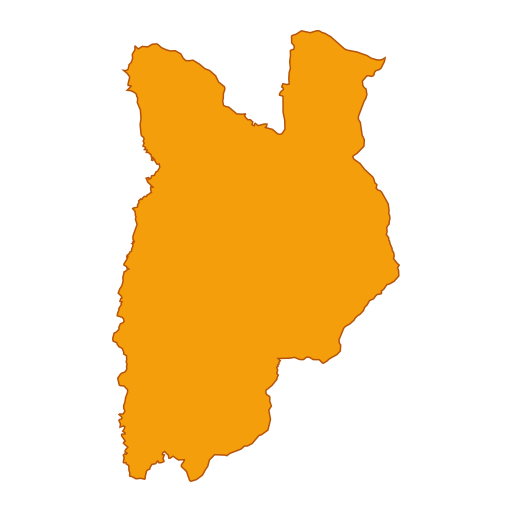 the district of Muong Cha, Điện Biên, Vietnam
{"feature_id": "81297802B30042560711823", "entity_name": "Muong Cha", "entity_type": "district", "adm_level": 2, "iso_a3": "VNM", "parent_name": "Vietnam", "parent_adm1": "Điện Biên", "projection": "albers", "projection_center": [103.093, 21.828], "detail": "fine", "context": "isolated", "style": "filled", "palette": "amber", "viewbox_px": 512, "rotation_deg": 0, "n_neighbors": 0, "source": "geoboundaries", "source_scale": "gbopen_adm2", "svg_char_len": 6026}
<svg xmlns="http://www.w3.org/2000/svg" viewBox="0 0 512 512"><path d="M226.9,455.7L229.8,453.4L241.0,449.1L244.5,446.0L247.4,446.0L252.2,443.5L259.0,435.4L261.4,434.8L267.9,430.1L270.5,419.3L268.8,410.2L271.4,406.0L269.7,401.1L269.9,397.9L269.5,396.4L266.7,394.6L266.0,393.3L265.8,391.5L266.3,390.0L272.0,385.4L276.9,379.3L276.9,378.1L278.3,375.0L276.7,373.4L277.7,370.1L276.6,367.3L278.1,366.4L277.6,365.0L279.0,364.0L279.0,362.1L280.3,360.8L278.1,358.5L289.3,358.2L294.7,357.4L299.3,359.4L302.4,359.7L303.9,359.4L306.0,357.5L307.6,357.0L310.3,357.7L313.1,359.6L319.3,359.7L322.4,363.0L323.4,363.2L326.9,361.1L329.5,358.7L336.8,354.7L340.3,351.0L340.7,345.1L339.3,343.0L339.0,339.8L343.8,328.1L345.4,326.4L350.0,323.8L354.0,320.2L355.0,318.3L357.6,315.7L359.9,314.4L363.4,310.7L364.7,307.3L367.2,304.8L369.5,300.6L373.6,298.8L375.8,295.7L377.2,294.5L381.1,293.8L381.6,292.9L381.4,291.0L383.8,289.2L387.0,284.5L389.4,284.0L394.1,281.3L398.8,276.0L398.6,270.5L397.5,267.8L399.2,265.1L397.5,263.7L393.5,258.6L394.2,256.1L393.7,252.9L392.2,250.2L392.0,248.2L389.9,243.3L389.6,241.2L388.8,240.1L388.6,237.5L386.3,234.7L387.1,231.7L386.7,227.8L387.4,226.1L389.2,223.9L389.1,222.2L389.9,218.9L389.7,215.8L388.7,213.1L389.1,210.6L388.2,203.9L381.6,192.1L380.0,190.6L378.1,190.2L376.2,188.3L376.9,184.6L374.9,182.9L373.7,178.6L372.6,176.8L364.8,169.6L360.0,163.5L353.9,159.2L352.8,156.8L353.2,155.9L357.1,153.3L363.9,146.3L364.3,139.7L362.1,134.9L360.3,122.4L358.4,119.3L358.4,116.5L359.0,114.8L364.1,101.3L365.8,98.4L366.9,94.7L366.1,89.1L364.1,87.5L362.8,85.3L362.4,81.1L366.8,76.0L368.1,75.7L371.5,76.4L373.3,75.7L373.9,74.9L374.5,72.4L375.7,70.8L379.2,69.6L381.0,68.3L384.3,61.7L385.1,57.8L382.2,59.5L380.0,60.0L377.0,59.9L371.2,58.2L367.1,55.6L357.0,52.0L347.1,50.1L344.5,48.9L330.8,36.8L324.8,33.3L322.2,32.6L319.3,30.9L316.9,30.7L310.2,32.7L301.5,30.8L296.1,34.2L292.2,35.5L291.5,36.3L291.7,43.0L293.8,45.2L294.3,47.4L293.8,49.2L290.6,50.3L290.3,50.9L290.5,55.6L289.7,61.8L290.4,68.4L289.2,72.3L288.8,78.8L289.2,84.1L286.4,84.5L282.9,83.7L281.7,86.9L283.2,88.0L283.4,89.4L280.8,91.8L279.5,93.8L279.6,95.3L282.1,95.8L283.0,96.6L283.1,112.4L284.7,120.0L285.0,129.1L282.2,133.4L281.2,134.0L279.5,134.3L277.7,133.9L272.5,129.4L265.4,127.5L266.7,125.7L267.0,124.1L264.3,124.0L258.2,125.6L255.2,123.3L254.5,124.1L254.3,125.7L253.3,125.5L252.0,124.6L252.8,122.0L250.3,119.7L247.7,119.7L245.6,117.4L244.6,115.4L245.4,114.3L245.2,113.8L242.3,114.2L236.8,113.9L228.7,107.1L226.4,106.7L223.9,105.7L223.4,105.1L222.7,100.7L223.3,98.3L223.4,93.6L224.7,89.8L224.8,87.9L224.3,86.6L218.6,82.0L215.6,75.8L209.6,70.5L204.9,68.7L199.4,64.1L193.0,60.2L188.4,60.8L185.6,60.5L183.2,58.2L180.8,53.9L175.2,50.7L170.4,51.0L166.2,49.8L161.4,47.6L157.9,44.4L156.6,43.9L152.3,44.2L147.7,46.9L142.3,46.4L138.2,48.9L135.2,46.1L134.9,46.3L135.0,49.7L132.3,54.3L132.6,58.5L131.3,62.4L129.1,64.6L128.2,68.9L127.5,69.8L125.4,70.6L123.6,70.4L127.0,73.2L129.4,76.4L129.6,77.6L128.0,84.1L128.1,85.4L131.1,85.9L131.1,86.3L127.1,90.3L130.9,90.7L134.7,92.6L136.4,94.3L136.8,96.6L137.7,97.9L137.3,102.5L140.4,110.0L141.0,118.7L140.1,124.6L141.1,134.6L141.7,135.9L143.6,137.4L144.0,138.7L144.0,139.5L143.1,141.1L144.2,143.0L142.9,146.1L144.9,146.9L145.7,147.9L144.4,149.6L147.1,150.0L146.3,152.4L148.7,152.5L149.3,153.6L151.1,154.6L151.2,156.9L153.3,157.6L153.3,158.0L151.8,158.4L151.5,160.0L152.6,160.5L154.1,159.3L154.6,159.4L155.1,161.3L156.9,164.1L159.2,164.1L159.8,167.2L157.7,171.0L155.9,172.0L154.4,175.3L151.6,175.8L151.0,178.1L149.1,179.3L148.7,179.1L149.1,178.1L148.5,177.5L146.1,178.2L147.9,182.3L152.8,187.1L150.6,187.1L150.8,190.4L151.5,192.5L150.4,192.8L149.4,193.9L147.1,195.0L146.5,196.5L144.3,196.4L142.6,198.2L142.1,199.4L140.6,198.9L138.6,201.0L139.0,202.5L137.5,204.9L137.7,206.5L137.2,207.2L133.6,208.0L132.9,208.3L132.6,208.6L135.0,211.3L135.5,215.8L136.0,217.0L135.4,219.2L137.1,224.4L132.9,236.3L133.0,239.5L133.9,240.4L133.5,240.8L134.3,241.7L133.8,242.5L132.7,242.2L132.9,243.2L132.0,243.6L132.7,244.1L133.0,245.9L131.8,248.6L131.5,251.0L129.7,252.2L129.2,253.7L127.1,255.3L126.9,256.0L127.9,256.3L127.7,257.2L126.8,257.3L127.3,258.4L123.9,264.1L124.0,265.1L126.6,266.5L126.8,268.0L128.5,268.5L128.8,269.2L127.7,269.2L125.4,271.4L124.2,271.7L122.9,277.3L123.1,281.1L121.8,285.9L119.8,288.8L118.2,293.2L121.0,295.7L121.9,297.4L121.8,298.2L120.8,298.5L119.9,301.4L122.0,301.8L121.1,303.4L121.5,304.2L118.8,308.6L119.0,309.5L117.6,313.3L117.2,315.8L122.0,317.2L123.5,318.9L124.1,321.4L123.0,322.7L120.4,323.8L119.0,326.9L118.9,329.4L116.3,332.1L114.1,333.1L112.9,337.7L112.8,339.9L113.2,341.2L116.7,342.6L117.2,344.3L119.0,346.8L121.2,347.8L122.5,349.0L123.8,352.5L123.6,354.0L126.5,355.7L126.7,359.6L126.2,362.1L127.2,364.5L126.5,366.2L126.8,368.9L126.1,370.5L124.6,372.2L122.0,373.0L120.5,374.1L117.7,378.2L119.2,384.9L120.2,385.6L124.0,386.0L127.7,389.9L127.5,392.4L125.6,397.6L124.8,402.7L123.7,405.2L123.7,408.3L124.8,410.6L124.7,411.7L122.8,414.1L119.7,414.0L119.0,414.5L121.4,416.6L122.0,417.8L121.6,418.9L119.6,419.5L118.9,420.3L120.5,424.0L120.0,427.2L123.8,425.9L124.8,426.9L124.3,428.7L122.7,431.2L124.9,432.8L125.2,433.7L123.7,434.2L122.1,434.0L121.5,434.8L121.7,435.9L125.3,441.2L123.7,442.3L123.4,443.2L127.9,447.2L125.6,449.6L125.1,450.9L125.1,452.1L126.8,452.8L127.1,453.4L126.3,454.1L124.6,453.9L123.3,455.1L124.1,457.5L123.3,462.3L123.9,462.9L126.1,462.6L126.4,464.1L128.8,465.6L128.9,470.2L129.8,472.7L129.6,475.2L130.0,476.4L131.5,476.4L136.0,478.8L140.7,478.3L144.6,479.2L145.2,478.5L145.2,476.7L146.6,471.0L147.4,470.1L149.7,469.1L150.2,467.2L151.9,464.4L155.6,463.7L157.4,461.1L158.1,461.4L158.6,462.7L161.2,462.7L163.9,461.6L163.9,460.5L162.9,458.7L164.3,454.8L162.4,454.7L162.3,454.2L162.7,452.9L164.5,451.5L168.3,455.1L168.8,458.1L170.5,458.1L172.5,456.4L173.2,456.3L178.4,460.0L184.3,459.7L183.8,461.6L181.5,464.6L181.4,466.6L186.5,471.4L189.6,480.4L190.9,481.3L196.4,479.6L202.5,475.1L205.5,469.5L207.7,466.4L209.4,460.0L214.6,454.7L225.1,455.1L226.9,455.7Z" fill="#f59e0b" stroke="#b45309" stroke-width="1.5"/></svg>